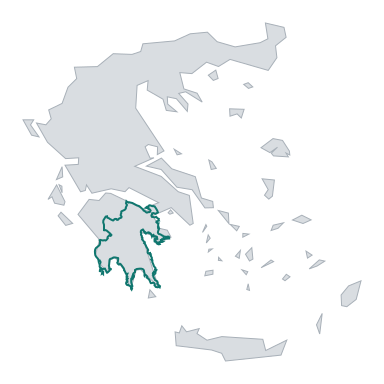 location of Peloponnisos within Greece
{"feature_id": "GRC-2885", "entity_name": "Peloponnisos", "entity_type": "Region", "adm_level": 1, "iso_a3": "GRC", "parent_name": "Greece", "parent_adm1": "", "projection": "orthographic", "projection_center": [22.642, 37.277], "detail": "fine", "context": "in_parent", "style": "outline", "palette": "teal", "viewbox_px": 384, "rotation_deg": 0, "n_neighbors": 0, "source": "natural_earth", "source_scale": "10m", "svg_char_len": 9669}
<svg xmlns="http://www.w3.org/2000/svg" viewBox="0 0 384 384"><path d="M265.4,23.0L284.0,27.4L286.1,37.3L275.5,45.8L276.9,57.7L268.2,70.4L230.0,59.4L218.5,66.5L206.5,62.2L191.9,73.6L179.8,72.6L183.9,88.9L197.1,93.2L202.2,102.1L185.7,91.8L178.7,93.4L188.0,104.0L187.3,111.4L176.4,98.7L167.3,96.8L167.7,104.1L176.9,111.8L166.3,110.4L163.0,99.2L147.2,90.1L148.1,80.6L137.1,85.4L135.7,108.2L164.0,150.9L157.3,154.6L157.6,146.8L148.3,144.5L145.1,146.8L147.0,151.3L150.1,158.2L154.0,157.8L134.7,166.3L161.3,176.5L178.2,191.7L189.3,195.4L193.2,223.5L189.9,225.2L171.2,207.6L153.0,215.5L159.4,228.3L167.3,230.2L171.0,237.2L158.1,242.5L152.3,235.2L140.8,232.2L158.3,286.6L140.5,269.5L136.2,270.2L131.4,286.7L129.0,285.3L126.9,274.0L115.2,257.7L110.3,259.6L107.7,272.2L101.6,265.8L95.5,255.0L99.5,239.8L78.0,214.4L89.1,199.4L99.1,200.5L105.7,193.0L110.7,193.4L148.5,211.5L147.4,206.9L158.7,202.7L129.0,187.6L125.0,191.7L111.2,188.8L91.9,193.2L86.5,184.9L85.3,190.5L80.6,191.8L65.0,165.2L78.3,164.4L78.7,157.8L65.6,158.6L47.5,142.3L36.5,123.0L45.9,124.8L51.2,118.8L48.7,109.9L62.1,103.4L68.0,87.2L76.7,78.6L74.4,67.2L97.4,66.6L113.2,53.7L132.0,54.4L140.7,51.5L142.9,43.8L174.6,40.9L190.2,33.8L207.4,32.2L217.1,41.7L235.1,46.9L260.1,42.7L267.9,38.8L265.4,23.0ZM186.5,331.8L199.2,328.6L197.0,333.6L207.0,340.2L221.8,336.6L262.8,339.3L265.7,350.5L286.8,340.1L281.0,355.1L225.5,361.0L221.7,353.3L211.6,350.0L176.2,345.7L175.1,331.9L179.3,332.9L181.8,325.8L186.5,331.8ZM161.4,158.1L171.8,168.8L195.3,176.7L201.4,198.0L212.7,201.4L213.4,207.7L204.9,207.9L192.1,189.7L176.9,187.2L161.2,169.5L146.4,166.1L161.4,158.1ZM282.5,140.4L289.4,151.1L289.8,155.0L286.0,153.0L288.4,156.9L273.5,155.9L271.3,153.2L277.5,147.2L269.9,152.6L261.0,147.7L273.0,138.6L282.5,140.4ZM346.8,306.7L341.6,305.6L341.1,295.0L348.6,285.9L361.0,280.8L356.2,299.4L346.8,306.7ZM272.4,196.2L268.8,199.1L264.5,195.2L268.2,189.6L262.1,178.8L274.4,180.0L272.4,196.2ZM56.6,184.9L65.0,201.7L63.9,205.2L54.6,203.2L52.0,196.8L48.0,199.4L56.6,184.9ZM39.0,136.9L31.6,135.2L23.0,119.8L33.7,119.8L30.5,124.9L39.0,136.9ZM244.1,109.3L241.3,118.0L237.1,113.9L230.0,116.2L229.6,108.8L244.1,109.3ZM301.8,215.2L311.1,219.9L303.0,223.5L292.5,220.0L301.8,215.2ZM218.1,78.5L213.3,80.4L208.3,75.2L215.8,70.1L218.1,78.5ZM61.0,212.2L72.7,223.4L65.7,225.4L58.1,215.8L61.0,212.2ZM252.9,259.1L249.5,261.0L245.5,254.2L251.8,247.7L252.9,259.1ZM228.4,213.1L228.9,223.6L218.3,210.5L228.4,213.1ZM322.2,313.4L319.7,334.0L316.5,324.8L322.2,313.4ZM62.7,176.9L56.4,179.6L62.1,166.7L62.7,176.9ZM155.8,296.7L148.3,298.0L149.9,289.8L155.8,296.7ZM309.2,268.9L319.3,259.9L324.8,261.1L317.1,266.0L309.2,268.9ZM271.1,230.5L273.2,225.2L283.5,222.8L278.0,228.3L271.1,230.5ZM240.4,250.4L239.2,258.3L235.4,256.2L240.4,250.4ZM239.3,226.4L236.7,230.8L230.2,224.4L239.3,226.4ZM216.3,168.4L211.2,169.5L208.8,160.0L211.9,161.8L216.3,168.4ZM252.8,86.9L248.5,88.4L243.7,84.4L248.2,82.7L252.8,86.9ZM213.0,270.2L212.9,274.2L204.8,275.8L205.9,271.3L213.0,270.2ZM273.6,261.6L261.1,267.7L271.0,260.0L273.6,261.6ZM206.8,226.3L202.5,232.4L205.9,224.6L206.8,226.3ZM248.9,234.1L242.8,237.2L242.9,233.4L248.9,234.1ZM290.0,276.8L285.0,280.7L282.5,279.0L286.3,274.3L290.0,276.8ZM312.1,255.1L307.5,258.1L306.0,251.1L312.1,255.1ZM210.2,238.2L206.3,243.0L208.2,234.9L210.2,238.2ZM61.9,186.2L62.1,192.8L59.0,184.7L61.9,186.2ZM247.8,271.7L246.2,274.7L241.9,269.8L247.8,271.7ZM181.5,153.8L177.1,154.8L174.2,149.2L181.5,153.8ZM173.2,213.0L169.9,214.2L168.1,212.8L170.6,209.8L173.2,213.0ZM212.3,248.9L208.3,252.0L208.9,249.2L212.3,248.9ZM248.2,283.8L249.5,290.4L246.8,289.5L248.2,283.8ZM221.9,260.8L218.4,260.4L218.6,257.3L221.9,260.8Z" fill="#d9dde1" stroke="#a8b0b8" stroke-width="1"/><path d="M157.9,212.4L157.2,212.9L155.3,213.8L153.6,213.1L153.3,213.3L152.2,213.2L152.1,213.4L152.0,214.6L151.7,214.8L151.4,215.3L151.6,216.3L152.1,217.0L152.9,216.9L153.6,217.2L154.5,217.3L155.4,217.2L156.1,216.8L157.4,218.1L158.1,218.6L158.8,218.9L158.6,219.9L158.6,220.3L158.8,220.6L158.3,220.7L157.5,221.2L156.7,221.3L156.6,221.5L156.4,222.3L157.4,223.0L157.9,223.3L158.5,223.3L158.2,224.5L158.1,225.2L158.6,227.1L158.0,227.1L158.1,228.2L158.3,228.6L159.0,228.9L158.1,231.2L157.9,232.6L158.2,233.3L158.7,233.9L160.7,234.5L161.9,235.4L162.6,235.5L163.7,236.7L164.5,236.5L166.4,237.0L167.2,236.6L168.7,236.6L169.1,237.2L169.2,238.5L164.5,238.7L163.8,238.6L164.0,239.3L162.6,239.1L162.1,239.2L162.2,239.7L160.8,240.0L160.8,240.5L161.1,240.7L161.9,240.7L161.6,241.1L161.6,241.4L162.7,241.7L162.1,242.0L159.9,242.0L159.1,242.2L159.0,242.6L159.8,244.1L159.0,244.3L158.4,244.3L157.3,243.8L157.3,243.4L158.1,243.4L158.1,243.1L157.7,243.0L157.1,243.1L156.6,243.0L156.2,242.4L157.0,242.8L156.8,242.3L156.6,242.0L155.7,241.4L155.4,241.7L155.0,241.7L154.6,241.5L154.5,239.8L154.6,239.2L155.5,239.8L155.9,239.4L156.1,238.7L156.2,238.0L157.3,238.7L157.3,238.4L157.1,237.9L156.9,236.8L155.5,236.2L154.1,236.5L153.5,236.3L154.0,236.0L153.5,234.9L152.1,235.8L151.9,236.3L151.3,234.5L150.9,233.9L150.3,233.2L149.4,233.2L149.2,232.6L148.6,232.3L147.8,232.3L148.3,232.4L148.6,232.9L147.8,232.6L147.1,232.7L145.9,233.6L145.6,233.3L144.5,232.6L144.8,231.9L144.3,231.7L143.9,231.3L143.6,230.9L143.7,230.5L142.9,229.5L141.4,230.3L140.9,231.0L140.8,232.3L141.3,233.4L141.0,234.6L141.2,235.2L141.8,236.0L141.8,237.2L142.4,237.7L142.4,238.2L142.1,238.9L142.1,239.4L144.2,241.9L144.6,242.1L144.3,242.8L144.8,242.8L144.8,243.1L144.6,243.1L144.6,243.5L145.0,243.9L145.9,245.6L146.2,246.5L147.6,248.9L148.0,249.6L148.2,250.1L147.8,250.6L147.6,252.5L147.9,253.2L148.7,253.3L150.0,253.0L150.0,253.3L150.3,253.7L150.0,253.9L150.3,254.0L150.0,254.4L150.7,254.7L151.0,255.1L150.9,255.3L150.3,255.1L150.7,256.0L151.8,257.5L151.7,258.1L152.2,259.8L151.4,259.8L152.0,260.8L152.2,260.5L152.4,261.4L152.3,262.2L152.7,262.9L153.5,264.9L153.7,265.3L153.6,265.7L154.2,266.6L155.3,267.7L155.5,268.2L155.6,268.8L155.5,269.2L155.0,269.4L155.0,269.7L155.8,269.8L156.4,270.0L156.2,270.4L155.7,270.8L155.6,271.1L155.6,271.9L155.4,272.5L154.9,272.4L153.9,271.8L153.6,272.3L153.1,272.8L152.9,273.3L153.4,273.8L153.1,274.5L154.2,274.5L153.2,275.4L153.3,276.6L153.9,278.0L154.7,279.2L155.1,280.1L157.2,281.3L157.7,282.0L158.1,282.0L157.5,282.3L157.5,282.6L157.8,282.9L157.8,283.2L157.6,283.4L157.3,283.7L157.9,284.7L159.1,285.4L160.0,286.2L159.7,287.4L158.4,286.7L158.0,287.2L157.5,287.3L155.7,286.9L155.0,285.8L154.5,285.4L154.5,285.1L154.8,284.4L154.5,283.6L153.9,282.9L153.3,282.7L151.6,283.1L150.8,283.1L150.4,282.5L150.2,281.7L149.0,279.3L146.8,277.6L147.4,277.0L147.2,276.4L145.6,274.9L145.3,274.8L145.2,275.2L144.6,275.9L144.5,275.6L144.4,275.2L144.6,274.0L144.5,273.2L144.2,272.2L143.9,270.4L143.3,269.5L142.5,269.0L141.3,268.7L139.3,268.7L136.8,269.0L135.0,270.0L135.0,272.1L133.7,273.1L133.2,273.8L132.9,274.9L133.5,274.9L133.9,275.2L134.0,275.8L134.0,276.6L133.7,276.6L133.5,275.9L133.2,275.6L132.9,275.6L132.6,275.8L132.3,276.3L132.3,276.7L133.1,277.5L132.9,278.5L132.4,279.0L132.1,277.9L131.5,278.3L131.2,278.8L131.2,281.7L131.3,282.8L131.6,283.8L132.3,285.7L132.2,286.0L132.3,286.5L131.8,286.8L131.6,287.3L131.7,287.9L132.1,288.5L132.0,288.8L131.7,288.8L131.5,289.5L131.1,289.0L130.9,287.2L130.7,286.5L130.1,286.0L128.7,285.4L128.2,284.7L127.9,284.7L127.5,285.1L127.1,285.0L126.4,284.2L126.1,283.5L126.1,282.9L126.6,281.7L127.2,281.9L127.4,281.3L127.2,280.5L126.8,280.0L127.4,279.0L126.6,279.0L126.7,278.3L126.6,277.6L126.7,277.0L127.4,276.9L127.4,276.6L126.6,276.3L126.7,275.4L127.4,273.8L126.2,274.0L125.5,272.8L124.9,271.2L124.1,270.4L124.2,269.4L123.6,268.1L120.8,264.3L120.0,263.8L119.0,264.6L117.9,263.8L117.5,263.3L117.3,262.5L117.6,262.3L117.9,261.4L118.1,259.8L118.2,258.5L118.1,258.1L115.5,257.5L114.0,257.4L113.2,257.6L111.7,258.5L110.2,258.9L109.8,259.4L109.5,260.1L109.1,264.9L108.9,265.5L108.9,265.9L109.4,267.4L109.1,268.0L110.2,268.9L110.8,269.0L110.8,269.3L110.2,269.4L109.8,269.6L109.5,269.9L109.7,270.3L109.4,270.8L107.3,272.7L106.9,272.7L104.9,268.6L103.6,268.8L102.6,269.3L102.1,268.8L101.2,268.4L100.9,267.9L100.7,267.9L100.3,268.1L99.6,266.5L99.7,266.0L99.6,264.4L99.7,264.0L100.5,262.7L100.5,261.9L100.2,261.2L99.6,260.8L98.8,261.0L99.2,260.8L99.3,260.7L99.4,260.4L99.0,260.3L98.8,260.5L98.6,261.0L98.3,259.3L97.3,258.0L96.1,256.7L95.3,255.2L95.0,253.2L94.9,251.2L95.2,249.4L96.0,248.0L98.5,246.0L99.6,244.9L100.1,243.3L100.0,241.3L99.6,240.2L100.2,239.9L102.9,240.5L104.3,240.2L105.6,240.5L106.3,240.1L107.8,238.3L107.5,237.6L107.7,236.9L108.8,235.8L109.4,235.2L110.3,235.9L111.0,235.6L111.4,235.0L110.2,233.6L106.7,230.6L105.4,230.1L104.7,230.3L104.0,230.2L104.0,224.8L103.2,222.3L103.4,220.3L105.7,216.6L107.1,216.3L107.4,217.7L108.8,218.2L110.1,219.1L112.7,220.4L113.4,220.4L114.4,219.2L115.2,218.9L116.5,219.0L116.7,219.7L117.3,219.9L118.1,219.7L119.1,218.5L121.3,217.6L121.6,216.8L121.3,216.1L120.7,215.5L120.8,214.1L121.2,213.5L121.3,212.7L121.2,211.9L121.5,211.3L124.4,210.0L125.2,209.4L125.6,208.8L125.9,208.2L125.8,207.5L127.0,205.0L126.0,203.3L126.4,201.3L126.7,201.6L127.9,202.1L128.7,202.6L129.4,202.3L132.4,203.0L136.7,205.3L139.1,206.1L139.4,206.5L139.8,206.6L142.9,209.4L143.6,210.6L144.6,211.0L146.4,212.5L147.0,212.6L148.6,212.1L149.5,212.1L149.8,212.0L150.5,210.8L150.6,210.5L150.2,209.9L149.7,209.3L148.6,208.9L147.6,208.1L146.9,208.0L147.2,207.8L145.9,207.7L146.7,207.0L147.1,206.7L148.1,206.5L149.3,205.3L150.4,205.4L152.3,206.2L153.1,206.0L154.3,206.5L154.6,206.4L155.9,208.3L157.2,210.5L157.9,212.4ZM102.6,271.3L103.2,271.6L103.2,272.2L103.1,273.0L103.1,274.0L102.7,273.6L102.5,273.0L102.0,273.4L102.4,271.4L102.6,271.3ZM99.8,271.9L99.9,270.2L100.1,269.4L100.4,268.9L100.9,269.3L101.2,269.2L101.2,269.5L100.7,269.9L100.7,270.4L99.8,271.9Z" fill="none" stroke="#0f766e" stroke-width="2"/></svg>